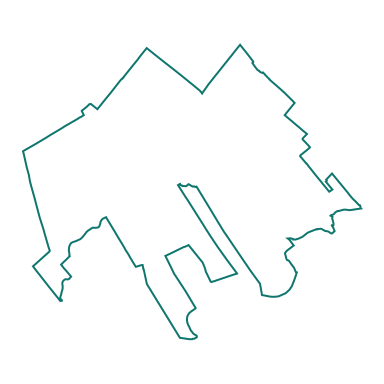 the district of Frumusani, Calarasi, Romania, rotated 90°
{"feature_id": "2599482B46828357361633", "entity_name": "Frumusani", "entity_type": "district", "adm_level": 2, "iso_a3": "ROU", "parent_name": "Romania", "parent_adm1": "Calarasi", "projection": "orthographic", "projection_center": [26.321, 44.314], "detail": "fine", "context": "isolated", "style": "outline", "palette": "teal", "viewbox_px": 384, "rotation_deg": 90, "n_neighbors": 0, "source": "geoboundaries", "source_scale": "gbopen_adm2", "svg_char_len": 5881}
<svg xmlns="http://www.w3.org/2000/svg" viewBox="0 0 384 384"><g transform="rotate(90 192 192)"><path d="M339.2,194.6L339.2,192.1L339.2,191.8L339.0,191.5L338.8,191.3L338.8,191.0L338.8,190.6L338.8,190.2L338.7,189.8L337.8,188.1L337.5,187.5L337.2,187.2L336.6,187.2L335.8,187.3L335.6,187.4L335.4,187.9L334.1,190.1L333.4,190.9L331.7,192.1L330.9,192.9L328.3,194.2L327.1,194.6L326.0,195.2L325.5,195.6L322.6,196.7L321.5,196.8L320.3,197.0L318.4,197.0L317.0,196.8L315.5,196.3L315.1,196.1L313.8,195.2L313.1,194.8L311.5,192.9L308.8,189.0L308.3,188.4L307.9,188.4L307.0,189.0L291.1,198.5L275.5,208.7L274.1,209.7L271.8,210.8L255.9,218.6L253.9,214.3L247.3,200.8L246.9,199.8L246.7,198.9L246.5,198.4L245.1,195.4L248.6,192.6L259.9,183.5L262.3,181.5L265.8,180.0L268.7,178.9L271.6,178.2L281.7,173.3L282.0,172.7L281.9,172.2L281.0,169.3L274.7,150.6L273.7,147.4L273.6,147.0L273.3,147.1L270.2,149.4L259.7,157.2L248.1,165.5L243.4,168.7L237.7,172.5L236.7,173.2L228.7,178.3L226.8,179.5L225.1,180.5L214.4,187.3L200.8,195.9L196.6,198.7L185.1,206.0L183.9,204.0L185.1,203.4L185.3,202.8L185.5,202.0L186.0,201.7L186.2,197.8L184.9,196.3L184.4,195.8L184.2,195.6L184.4,195.0L185.1,193.9L186.1,192.2L186.6,191.4L186.6,191.0L186.3,190.1L186.8,189.2L187.0,188.8L186.6,187.5L188.2,186.5L209.4,173.6L222.9,165.5L231.7,160.1L235.4,157.5L253.3,145.4L267.2,135.9L269.9,134.1L283.8,124.0L285.8,123.6L295.1,122.0L295.4,119.9L295.8,118.0L296.4,114.9L296.5,114.7L296.7,112.7L296.8,111.3L296.7,108.4L296.3,105.3L293.2,98.3L289.8,94.6L286.1,92.1L280.2,89.8L274.5,87.8L273.4,87.6L272.4,87.2L272.2,88.1L267.5,90.1L265.7,91.6L261.0,94.9L260.6,95.3L260.4,95.6L260.3,95.8L260.2,96.5L260.1,96.8L259.8,97.1L258.8,97.6L253.4,99.0L253.2,99.0L252.4,98.5L251.3,97.6L250.7,97.1L245.5,90.3L242.2,92.8L240.4,94.0L239.6,94.8L238.5,96.2L238.3,93.1L238.7,92.3L238.8,91.7L239.0,91.0L239.5,90.9L239.5,88.3L238.4,84.9L236.7,81.4L232.7,76.3L231.5,73.5L230.7,71.4L229.1,67.2L229.4,67.1L228.8,64.2L228.8,62.9L229.7,61.1L230.6,59.5L231.0,58.8L231.1,58.2L231.1,57.4L231.4,56.3L231.9,55.0L232.8,54.0L233.1,53.4L233.5,52.3L233.4,51.9L231.1,49.4L228.3,50.5L226.7,51.3L225.5,52.2L225.3,52.2L225.2,52.1L225.5,50.8L225.4,50.6L223.4,50.5L218.3,51.8L216.9,51.5L215.7,53.5L215.3,53.2L215.0,52.4L214.6,51.0L214.4,50.5L213.9,49.9L212.7,49.0L212.2,48.5L211.0,46.4L211.0,45.4L210.8,44.5L209.6,40.0L209.8,36.8L210.0,36.2L210.2,34.4L208.5,23.0L208.2,23.3L207.6,23.5L206.0,23.7L205.7,23.8L205.1,24.3L205.1,25.0L201.8,28.1L198.4,31.6L197.9,32.0L195.2,34.3L193.3,35.8L192.8,36.1L174.6,51.1L173.5,52.0L175.5,53.9L176.7,55.0L177.4,55.7L178.3,56.5L179.2,57.4L179.6,57.8L180.5,57.2L180.8,57.2L181.6,58.2L189.6,51.6L191.7,54.8L184.6,60.6L183.1,61.8L181.6,63.0L179.1,65.1L178.2,65.8L174.3,69.0L169.6,72.7L167.4,74.5L166.1,75.5L163.5,77.4L163.6,77.6L156.2,83.9L155.9,83.8L155.3,83.6L149.7,76.6L147.8,74.4L147.5,74.1L147.3,74.0L147.1,74.1L146.9,74.3L146.1,75.0L142.9,78.0L139.7,81.1L139.5,81.3L139.2,81.4L138.8,81.4L138.5,81.3L137.7,80.6L134.0,77.0L131.6,79.9L130.2,81.6L127.8,84.3L126.7,85.6L124.2,88.6L120.8,92.6L119.9,93.7L118.8,95.0L117.5,96.6L115.1,99.3L102.9,89.4L99.7,92.5L92.8,99.5L88.8,103.9L80.8,113.1L79.5,114.5L79.3,114.7L79.1,114.6L77.1,116.7L76.4,117.3L75.9,117.8L74.6,119.1L74.4,119.1L72.6,120.9L73.0,121.2L72.1,123.8L70.7,124.9L70.6,125.2L70.7,125.4L69.6,126.8L66.3,129.3L63.0,131.6L62.6,131.2L62.0,130.7L61.8,130.7L61.7,130.7L54.2,136.4L46.0,143.0L44.8,143.9L46.5,145.3L53.6,151.0L54.8,151.9L56.3,153.1L58.3,154.8L59.9,156.0L66.4,161.2L73.7,167.0L74.6,167.8L78.3,170.7L80.8,172.7L84.7,175.8L87.6,177.8L92.2,181.1L93.5,181.9L91.5,183.3L91.4,183.4L91.1,183.7L90.9,184.0L89.9,185.0L88.8,186.4L86.4,189.3L84.0,192.2L82.5,194.1L81.0,195.9L77.2,200.6L73.1,205.7L69.3,210.5L67.2,213.2L66.9,213.6L65.3,215.6L62.6,219.1L55.0,228.7L48.1,237.3L56.4,244.0L58.6,245.6L60.3,246.8L61.0,247.5L63.0,249.1L65.3,251.0L77.8,261.0L77.9,260.9L78.4,261.4L78.2,261.5L80.5,263.7L88.7,270.1L92.7,273.2L98.6,278.1L109.2,286.6L106.3,290.2L104.9,292.0L103.9,293.1L104.2,293.8L104.1,294.2L104.1,294.4L104.3,294.8L104.7,295.1L105.3,295.7L106.7,297.2L108.8,299.7L110.2,301.5L110.7,302.2L110.9,302.3L115.1,300.2L115.6,300.9L116.9,303.0L117.7,304.6L118.3,305.6L118.8,306.2L121.4,310.7L121.9,311.6L122.5,312.6L123.2,313.9L124.5,316.1L126.0,318.8L128.3,322.3L135.3,334.1L137.3,337.2L138.5,339.2L143.6,347.8L144.1,348.7L146.1,352.1L147.1,353.9L150.1,359.1L150.9,360.5L151.3,361.0L153.7,360.3L166.2,357.5L167.1,357.3L175.1,355.1L178.0,354.6L180.6,354.2L181.4,354.0L183.5,353.5L187.2,352.5L192.8,350.9L199.7,349.0L204.0,347.9L210.4,346.2L217.9,344.2L229.4,340.5L232.8,339.6L247.3,335.4L250.2,334.4L250.4,334.3L251.4,334.4L266.3,351.0L268.2,349.6L270.7,347.7L272.3,346.4L284.8,336.6L287.6,334.4L293.6,329.6L297.3,326.6L301.0,323.7L300.7,322.1L300.2,322.1L299.4,323.1L298.5,323.7L297.5,323.7L296.3,323.5L294.8,322.9L294.1,322.7L291.5,322.3L290.5,321.8L288.6,321.4L286.2,321.3L284.1,321.7L282.8,321.6L281.7,321.3L280.9,320.7L280.1,320.0L279.4,318.9L279.2,318.5L279.4,316.2L279.2,315.2L276.6,312.9L272.2,316.6L269.9,318.6L267.9,320.4L267.0,321.0L265.8,322.0L264.6,322.9L261.5,319.8L261.1,319.3L256.1,314.2L255.2,314.7L254.6,314.7L254.0,314.5L253.5,314.6L252.0,314.9L250.1,315.2L247.2,314.9L246.2,314.6L244.4,313.8L243.2,313.0L242.5,312.0L241.9,310.6L241.3,308.5L239.2,303.8L238.5,302.9L236.9,301.3L234.2,299.1L233.2,298.4L232.0,297.5L231.0,296.4L230.3,295.5L230.2,295.2L227.7,291.4L227.8,289.6L227.8,288.4L227.7,287.2L227.3,285.7L227.0,285.2L226.6,284.9L225.6,284.4L224.4,284.0L223.7,283.8L222.0,283.5L220.4,282.7L219.4,281.9L218.8,281.3L217.2,278.0L233.2,268.3L237.2,266.0L238.8,265.0L241.6,263.3L244.2,261.7L246.8,260.2L248.3,259.3L249.1,258.9L249.6,258.7L252.0,257.1L255.2,255.1L257.7,253.8L259.8,252.4L261.9,251.3L262.6,250.8L266.8,248.2L266.3,246.4L265.5,243.9L265.0,241.9L265.0,241.4L269.2,240.6L269.3,240.3L284.1,237.1L337.8,204.1L339.2,194.6Z" fill="none" stroke="#0f766e" stroke-width="2"/></g></svg>